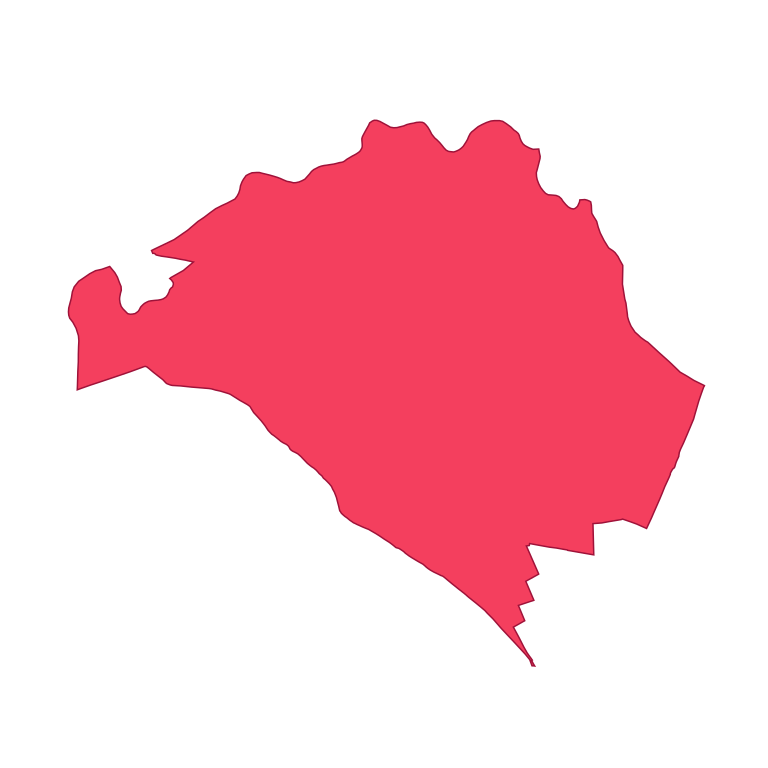 the district of BOD, Brasov, Romania, rotated 274°
{"feature_id": "2599482B89671579374338", "entity_name": "BOD", "entity_type": "district", "adm_level": 2, "iso_a3": "ROU", "parent_name": "Romania", "parent_adm1": "Brasov", "projection": "albers", "projection_center": [25.636, 45.77], "detail": "fine", "context": "isolated", "style": "filled", "palette": "rose", "viewbox_px": 768, "rotation_deg": 274, "n_neighbors": 0, "source": "geoboundaries", "source_scale": "gbopen_adm2", "svg_char_len": 6132}
<svg xmlns="http://www.w3.org/2000/svg" viewBox="0 0 768 768"><g transform="rotate(274 384 384)"><path d="M581.3,566.5L579.1,566.3L574.8,564.7L572.6,562.6L571.8,560.7L572.2,558.1L573.5,555.4L575.8,552.7L578.8,549.8L581.2,548.0L583.2,545.4L584.1,542.5L584.2,538.7L584.2,534.6L585.4,531.9L587.7,529.4L590.9,526.6L594.5,524.4L598.4,522.6L601.6,521.7L605.4,521.2L608.8,521.9L614.2,522.9L619.8,523.9L622.1,523.9L625.4,522.9L629.2,522.0L628.5,516.3L628.9,514.9L629.5,512.8L630.6,510.2L631.7,507.9L633.3,505.8L635.8,504.0L638.8,502.5L641.4,501.6L643.2,500.5L644.9,498.4L646.4,495.9L649.3,492.5L652.2,487.9L654.3,484.1L654.8,480.8L654.4,475.5L653.8,472.3L652.0,468.0L649.7,463.8L647.3,460.0L644.7,457.2L643.4,455.9L641.5,453.8L639.7,452.5L636.7,451.2L633.9,450.3L631.2,449.0L626.7,446.5L624.9,444.9L623.1,442.9L622.0,441.1L620.9,438.9L620.3,437.1L620.4,434.9L620.5,432.8L620.6,432.0L621.6,429.7L623.8,427.3L626.1,425.2L628.7,422.7L631.3,419.7L633.0,417.4L636.5,414.2L640.3,411.9L643.4,409.7L645.5,407.7L647.0,405.9L647.7,404.1L647.7,401.4L647.2,398.0L646.3,395.4L645.6,392.4L644.4,388.7L642.8,385.6L641.7,382.1L640.7,379.1L640.3,375.9L640.6,372.5L642.0,369.6L645.6,361.7L646.5,358.5L646.4,355.8L645.5,354.0L643.5,351.5L641.0,350.6L634.2,347.4L632.4,346.6L630.6,345.8L629.1,345.2L627.2,344.8L625.1,345.0L623.3,345.3L621.1,345.6L619.3,345.7L618.0,345.5L616.2,344.7L614.6,343.8L613.3,342.5L611.6,340.3L610.4,338.5L609.2,336.5L607.2,333.6L605.6,331.3L603.4,328.8L602.4,327.0L601.7,324.0L600.8,321.4L599.9,318.6L599.1,314.9L598.3,311.6L597.8,309.0L597.0,306.3L595.9,303.7L594.4,301.3L593.0,299.0L591.0,296.9L588.2,295.0L582.8,290.8L581.1,288.1L579.6,285.1L578.7,282.0L578.4,279.6L579.0,276.6L579.4,273.0L580.6,269.4L581.7,266.5L582.7,263.2L583.6,259.3L584.4,255.5L585.0,252.1L585.7,247.9L586.3,244.9L586.1,242.1L585.5,237.6L584.0,234.6L582.3,231.9L578.4,229.5L575.6,228.2L571.7,227.0L568.1,226.7L564.4,225.8L561.2,224.4L558.1,222.4L553.4,214.8L550.7,209.8L547.1,203.8L542.9,198.8L537.8,193.0L533.2,187.1L523.6,177.3L513.3,164.4L501.0,142.8L498.2,144.2L498.3,145.3L497.9,146.5L497.0,147.4L496.7,148.3L496.0,152.9L495.6,158.8L494.9,167.1L494.2,172.3L493.7,177.3L493.3,179.7L492.4,185.4L486.1,178.9L483.2,175.9L475.4,164.1L474.3,162.9L472.9,164.7L470.4,166.7L468.6,166.9L466.1,166.3L464.9,164.9L463.0,163.6L461.0,163.2L457.8,161.9L455.5,160.4L453.6,157.9L452.7,155.8L451.9,152.7L451.4,149.4L450.7,145.5L450.1,143.4L449.0,141.4L447.7,139.4L446.3,138.0L444.7,136.6L443.8,135.9L442.9,135.5L441.0,134.7L439.2,133.6L436.9,130.8L436.2,128.2L435.9,125.9L436.3,123.4L437.6,121.9L439.3,120.0L440.8,118.3L443.1,116.4L446.6,115.0L450.1,114.3L452.3,114.3L456.3,114.8L459.2,115.4L462.9,114.9L466.7,113.0L472.0,110.6L476.3,107.7L482.1,102.2L478.7,94.4L476.9,88.3L473.5,82.8L468.8,76.9L465.2,72.3L459.3,68.2L454.3,66.7L447.8,66.1L443.2,65.2L437.8,64.2L433.9,64.2L430.7,64.7L427.7,65.9L423.9,69.3L418.0,73.0L410.9,75.8L405.7,76.6L400.1,76.7L392.7,77.0L384.7,77.5L375.3,77.7L368.1,78.0L360.8,78.3L356.8,78.4L358.6,82.4L360.5,86.8L362.5,91.4L366.5,101.2L373.0,116.8L378.6,130.1L383.4,140.8L384.4,143.0L384.8,144.0L384.9,145.1L384.5,146.3L383.0,148.5L380.2,152.3L379.2,153.7L372.8,163.2L369.9,166.3L369.2,167.4L368.7,169.0L368.1,171.0L367.8,172.8L367.9,181.4L367.5,192.1L367.4,202.1L367.3,209.6L367.1,212.2L366.2,216.4L365.5,221.3L363.8,228.7L363.4,230.3L362.7,232.0L361.7,233.8L357.7,241.2L353.9,249.2L352.3,251.8L349.9,253.5L346.4,256.0L345.3,257.2L342.2,260.5L338.6,264.2L334.0,268.3L329.8,271.5L328.0,273.4L326.1,275.5L324.8,277.8L321.0,283.3L319.7,285.0L318.3,287.6L316.9,291.0L315.5,292.9L314.5,293.7L312.7,294.7L311.5,296.0L310.5,297.8L309.7,299.9L308.4,302.8L307.3,304.3L306.0,306.0L303.8,308.4L299.6,313.0L297.4,316.1L296.2,318.0L295.3,319.7L293.4,322.3L291.6,324.2L290.1,325.6L288.0,328.5L285.8,330.2L284.4,332.2L280.6,336.5L278.1,338.8L275.6,340.1L272.7,342.0L270.0,343.3L267.4,344.5L263.4,345.8L259.0,347.3L256.0,348.2L254.4,348.7L253.7,349.4L252.1,350.5L250.7,352.2L249.2,354.2L247.9,356.4L245.6,359.6L244.4,361.7L243.4,363.3L242.9,364.8L242.0,366.9L241.3,368.9L239.9,372.6L238.6,376.5L237.9,378.8L236.9,380.8L234.5,385.7L232.4,389.7L229.2,395.2L226.4,400.4L224.8,402.9L223.5,404.8L222.1,406.7L221.6,407.5L221.3,409.1L221.0,410.4L220.0,412.3L218.9,414.2L218.0,415.6L216.7,417.1L215.6,418.9L214.4,420.7L212.6,424.0L210.5,428.1L209.0,431.1L207.7,433.9L207.0,435.4L205.6,437.3L204.3,438.9L203.0,440.8L201.6,443.2L200.5,445.5L199.8,447.0L197.8,452.1L196.9,454.2L196.5,455.8L195.6,457.3L189.2,466.2L184.9,472.4L180.6,478.8L177.2,483.3L172.3,490.4L169.1,494.9L165.1,500.4L162.3,503.3L157.4,509.0L148.4,518.0L134.5,533.0L124.3,543.8L119.2,548.6L113.2,551.3L113.2,551.7L113.3,552.3L113.2,554.0L115.5,552.4L118.5,550.6L118.9,551.2L121.0,549.5L123.1,547.7L126.1,545.3L127.7,544.3L128.1,544.0L131.1,542.0L139.6,536.9L143.6,534.4L150.5,530.0L157.7,540.9L172.5,533.5L178.7,548.6L197.1,539.2L205.0,551.4L205.2,551.6L232.4,537.3L233.0,540.2L235.0,540.4L234.4,545.7L233.6,552.9L232.8,560.2L232.4,567.5L231.6,574.8L231.3,578.2L230.9,578.7L229.8,589.4L228.3,604.0L228.2,605.2L229.0,605.1L259.3,602.2L260.6,611.0L262.4,618.0L265.3,630.1L265.9,631.4L263.9,638.9L261.9,645.9L258.2,656.0L269.1,660.2L273.7,661.8L288.2,667.0L294.7,669.2L301.3,671.3L304.4,672.5L310.5,674.8L313.8,675.9L314.9,675.9L316.2,676.4L318.7,677.6L319.7,678.3L320.4,679.2L321.5,679.8L323.4,680.2L326.0,680.8L327.8,681.4L332.3,683.1L333.2,683.1L336.5,683.4L340.0,684.5L344.3,686.2L346.1,686.9L355.6,690.2L370.6,695.3L375.1,696.2L389.0,699.2L396.9,701.3L404.3,703.4L404.2,703.6L404.7,703.8L404.8,703.6L405.0,703.2L409.2,692.9L412.8,686.1L416.5,678.5L421.3,672.8L426.1,667.0L434.8,655.8L444.1,644.2L445.2,641.9L447.2,638.7L448.5,636.7L450.6,634.2L453.3,630.7L455.3,629.2L458.6,626.6L460.4,625.6L464.0,623.8L468.0,622.3L470.6,621.9L481.6,619.7L485.5,618.3L500.2,614.9L514.6,614.2L517.8,614.0L519.0,613.9L524.2,610.5L527.5,608.5L531.2,605.3L532.9,603.0L535.0,599.3L535.6,598.5L537.2,597.3L542.5,593.5L549.7,589.2L555.5,586.7L561.1,584.8L566.2,581.1L568.8,579.4L572.1,578.9L576.6,578.4L580.1,577.5L580.8,576.2L581.6,573.8L582.0,571.5L581.3,566.5Z" fill="#f43f5e" stroke="#9f1239" stroke-width="1.5"/></g></svg>